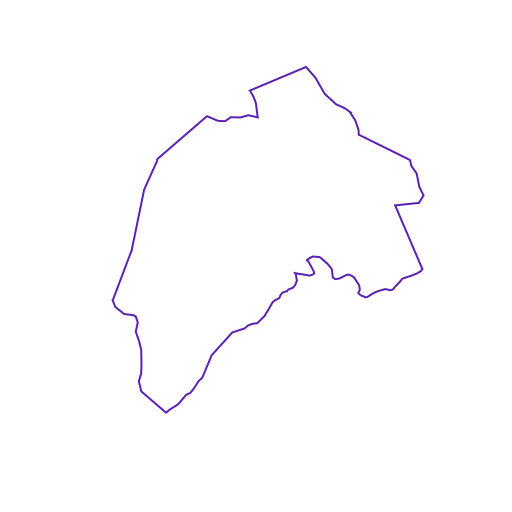 outline of Ferrand, Castries, Saint Lucia, rotated 309°
{"feature_id": "8701671B90118791051051", "entity_name": "Ferrand", "entity_type": "district", "adm_level": 2, "iso_a3": "LCA", "parent_name": "Saint Lucia", "parent_adm1": "Castries", "projection": "robinson", "projection_center": [-60.984, 13.986], "detail": "fine", "context": "isolated", "style": "outline", "palette": "violet", "viewbox_px": 512, "rotation_deg": 309, "n_neighbors": 0, "source": "geoboundaries", "source_scale": "gbopen_adm2", "svg_char_len": 3639}
<svg xmlns="http://www.w3.org/2000/svg" viewBox="0 0 512 512"><g transform="rotate(309 256 256)"><path d="M215.6,300.5L216.0,300.3L216.7,300.0L221.7,299.5L223.0,299.3L230.4,298.0L233.5,298.6L233.8,298.7L237.9,300.6L241.7,299.5L244.5,299.8L247.7,301.8L248.3,302.2L250.2,302.2L251.9,303.1L254.8,304.7L258.5,304.7L261.6,303.6L262.6,303.3L263.5,302.2L266.5,298.9L267.1,297.6L267.3,297.1L269.5,301.3L269.9,301.8L270.8,303.3L272.5,306.4L274.1,309.4L274.8,310.1L275.2,310.5L277.3,311.8L279.2,312.1L280.0,311.1L280.6,310.3L280.8,309.7L282.2,306.2L284.3,301.3L284.5,300.1L284.8,298.1L285.5,298.2L286.2,298.6L286.6,298.7L287.0,298.7L288.1,299.0L288.7,299.3L289.2,299.5L289.5,299.6L290.4,300.0L290.7,300.2L291.4,300.6L292.1,301.5L292.6,302.3L293.1,303.1L293.5,303.7L294.5,305.0L294.9,305.5L295.2,306.4L295.2,307.5L295.3,308.8L295.2,309.7L295.2,310.5L295.2,311.1L295.2,311.6L295.1,312.2L295.1,312.9L295.0,313.7L295.0,314.6L295.0,315.6L294.9,316.5L294.7,317.6L294.6,318.1L294.4,318.8L294.4,319.2L294.3,319.7L294.2,320.4L294.0,321.3L293.7,322.3L293.5,322.8L293.4,323.2L293.3,323.4L293.1,323.7L289.2,327.6L288.4,328.4L288.2,328.6L287.8,329.0L287.7,329.8L287.8,330.5L287.8,330.9L287.9,331.4L287.9,332.0L288.4,332.7L289.7,333.8L290.5,334.5L290.9,334.9L291.3,335.1L298.5,338.4L299.0,338.7L299.3,339.2L299.4,339.4L299.6,339.6L299.9,340.1L300.1,340.7L300.3,341.2L300.5,341.8L300.7,342.5L301.0,344.2L301.1,345.6L299.0,351.9L298.4,353.9L298.2,354.2L298.0,354.7L297.5,355.3L297.0,355.9L296.7,356.2L295.3,357.7L294.9,358.0L294.0,358.3L293.7,358.3L293.0,358.4L292.1,358.6L291.6,358.8L291.4,359.5L291.4,359.8L291.4,360.5L291.4,361.2L291.4,362.1L291.5,362.8L291.6,363.0L292.0,364.0L292.2,364.8L292.5,365.8L292.6,366.5L293.1,367.4L293.6,367.8L294.0,368.2L294.8,368.5L295.4,368.7L295.8,368.9L296.4,369.1L297.6,369.4L298.1,369.7L298.4,369.8L299.1,370.0L299.9,370.2L300.8,370.6L301.5,370.9L301.9,371.0L302.6,371.4L303.5,371.8L304.4,372.4L305.1,372.8L305.9,373.3L306.6,373.7L307.0,374.0L307.4,374.3L308.0,374.7L308.4,374.9L309.6,375.9L310.1,376.1L310.7,376.5L311.0,376.8L311.3,377.1L311.8,377.6L312.1,378.1L312.3,378.4L312.9,379.7L313.1,380.3L313.3,380.8L313.7,381.5L314.1,382.0L314.5,382.4L314.8,382.6L315.1,382.8L315.4,383.0L315.7,383.2L316.7,383.5L317.6,383.5L318.9,383.4L327.8,384.1L328.1,384.1L329.7,383.9L330.3,384.0L331.0,384.4L331.2,384.5L332.0,385.0L332.5,385.3L333.1,385.7L333.4,385.8L333.6,386.0L334.4,386.5L334.9,386.8L335.4,387.1L336.3,387.7L337.0,388.1L337.7,388.7L338.3,389.1L339.4,389.6L340.2,390.0L340.9,390.5L341.1,390.6L341.7,390.9L342.6,391.5L343.5,392.0L344.4,392.3L345.0,392.5L346.1,392.9L347.0,393.3L347.5,393.4L347.8,393.5L348.5,393.7L349.7,393.6L350.5,393.6L367.2,362.0L382.9,332.3L395.2,344.6L399.8,349.2L402.3,348.9L408.5,348.1L411.2,342.2L412.6,339.3L421.3,328.8L422.2,325.5L423.8,320.0L426.1,317.1L427.5,315.3L423.7,298.2L418.1,273.6L416.9,268.0L414.9,259.5L418.4,256.5L420.7,252.8L423.9,247.7L425.4,243.1L426.7,239.2L426.8,239.2L427.1,239.3L426.9,235.4L426.8,232.4L426.6,231.5L424.3,222.8L425.2,207.5L431.9,190.2L434.4,175.9L380.7,147.1L380.6,147.6L378.2,153.8L374.8,159.6L364.8,170.1L360.6,161.5L353.9,156.7L348.0,149.1L341.3,147.1L337.1,141.4L333.8,129.9L269.1,118.3L268.4,118.8L267.7,119.3L237.2,127.3L181.0,156.4L180.9,156.2L131.9,172.4L131.5,172.3L127.9,178.7L127.9,189.9L132.6,197.6L133.4,200.5L130.0,205.9L121.5,210.2L116.4,218.5L110.9,225.8L98.2,236.4L92.2,240.8L85.0,243.7L78.6,252.0L77.6,284.6L82.6,285.7L91.8,288.8L104.3,289.1L108.2,291.1L114.1,291.1L122.5,290.1L127.8,290.8L151.0,284.0L181.7,285.7L192.7,292.8L196.9,293.5L200.7,295.6L204.6,299.3L205.9,299.4L215.6,300.5Z" fill="none" stroke="#5b21b6" stroke-width="2"/></g></svg>